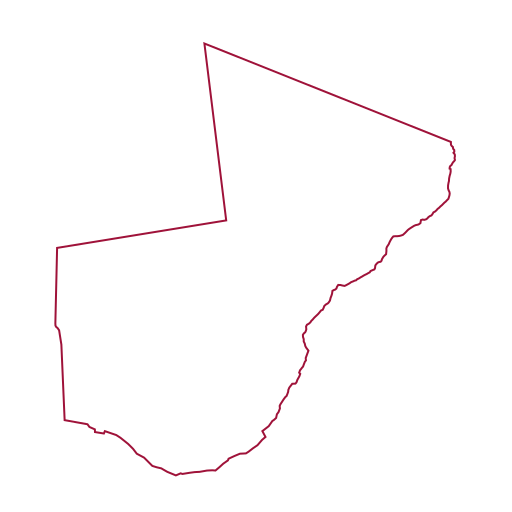 Rivadavia, Mendoza, Argentina (Equal Earth projection), rotated 177°
{"feature_id": "61730980B42888218741442", "entity_name": "Rivadavia", "entity_type": "district", "adm_level": 2, "iso_a3": "ARG", "parent_name": "Argentina", "parent_adm1": "Mendoza", "projection": "equal_earth", "projection_center": [-68.761, -33.437], "detail": "fine", "context": "isolated", "style": "outline", "palette": "rose", "viewbox_px": 512, "rotation_deg": 177, "n_neighbors": 0, "source": "geoboundaries", "source_scale": "gbopen_adm2", "svg_char_len": 2869}
<svg xmlns="http://www.w3.org/2000/svg" viewBox="0 0 512 512"><g transform="rotate(177 256 256)"><path d="M455.7,102.1L433.1,96.8L431.3,94.0L426.0,91.3L426.0,88.6L417.2,86.7L416.1,89.0L404.9,84.5L400.9,81.6L393.5,75.0L388.9,69.9L385.4,64.8L378.3,60.5L370.5,51.8L366.2,50.2L361.7,48.9L359.6,47.5L355.9,45.1L347.5,41.1L342.6,42.9L340.9,42.2L333.5,43.0L328.5,43.4L323.6,43.4L316.2,44.3L310.9,44.3L307.7,43.9L303.5,47.1L299.6,50.3L294.7,53.4L294.0,55.0L288.0,57.4L282.4,59.4L276.4,59.4L273.6,61.0L269.0,64.2L264.4,67.0L259.5,72.1L256.0,74.8L258.8,80.8L252.2,85.4L248.2,90.5L247.0,91.1L244.4,93.2L243.4,96.9L241.7,98.9L240.1,102.5L240.2,105.1L239.4,106.6L236.0,111.3L234.1,113.6L232.8,114.6L231.7,117.0L231.0,118.7L230.7,120.6L229.6,122.9L227.5,125.3L226.5,126.5L223.3,126.5L222.2,127.7L221.2,130.1L219.0,133.6L218.0,136.0L219.0,137.2L218.0,139.6L216.9,140.8L215.9,142.0L214.8,143.1L213.8,145.5L212.7,147.9L211.6,149.1L211.7,151.5L208.6,158.7L210.8,162.0L211.5,163.6L211.9,166.0L212.8,168.1L212.7,170.5L213.3,172.7L213.3,174.8L212.3,176.2L210.9,177.2L210.2,178.5L209.6,180.1L209.7,183.0L208.7,184.7L206.8,185.6L205.2,186.9L204.1,188.4L202.9,189.4L201.1,191.3L199.6,192.6L198.4,193.6L196.9,194.9L195.4,196.5L193.9,198.2L192.2,198.8L191.4,200.3L191.1,200.8L190.5,202.4L188.8,203.9L186.8,204.9L185.9,205.7L184.5,207.6L183.7,210.3L182.7,212.5L182.0,214.4L181.5,217.2L179.9,218.0L178.7,218.3L177.4,219.3L176.8,220.9L175.4,222.8L173.1,222.6L171.6,222.1L169.1,221.5L167.8,222.0L165.5,223.1L163.9,223.9L162.4,224.9L160.0,225.7L158.9,226.2L157.3,226.5L156.1,227.6L154.8,228.0L152.5,229.3L151.2,229.9L149.6,230.8L148.1,231.5L146.4,232.2L144.7,233.1L143.3,233.7L142.4,235.0L140.0,235.9L138.5,236.4L137.8,237.6L137.3,240.4L136.2,241.7L134.8,243.0L133.2,243.6L131.9,243.7L130.9,244.7L130.4,246.2L128.8,248.6L127.6,249.7L126.0,251.0L125.5,254.1L125.4,256.7L124.8,258.2L122.8,260.9L122.0,262.6L121.2,264.0L120.0,265.9L118.8,267.4L117.8,268.4L115.6,268.5L113.8,268.4L111.9,268.5L110.3,268.8L108.2,269.4L106.1,271.1L105.0,272.1L103.0,274.0L101.9,274.8L99.9,276.0L98.3,276.9L96.5,277.9L94.8,278.5L93.5,278.7L92.0,279.0L90.1,280.2L89.4,283.2L87.7,283.7L86.1,283.3L84.0,283.8L82.8,284.7L81.8,285.8L80.2,286.8L78.7,287.3L77.6,288.6L76.5,290.3L74.9,291.0L73.4,292.2L72.2,293.5L70.6,294.6L69.2,295.9L67.7,297.0L65.1,299.4L63.7,300.4L62.5,301.6L60.9,303.0L60.2,304.8L59.6,306.6L59.3,308.3L59.5,309.9L60.2,311.5L60.7,313.5L60.5,316.4L59.9,319.1L59.4,320.7L59.1,323.3L58.4,326.0L57.7,327.9L57.2,330.0L57.1,332.6L58.1,333.1L57.9,334.6L57.2,335.8L56.1,336.5L55.4,337.7L54.4,339.2L53.1,340.4L52.3,341.5L52.6,343.4L52.1,345.3L52.2,347.1L53.4,348.7L52.5,349.7L52.5,351.5L53.5,352.7L53.7,354.6L54.7,355.5L55.5,356.9L55.4,359.7L296.4,470.9L283.9,293.1L454.2,274.5L459.9,199.2L459.9,197.0L459.3,195.7L457.9,194.4L456.5,192.1L455.0,177.7L455.7,102.1Z" fill="none" stroke="#9f1239" stroke-width="2"/></g></svg>